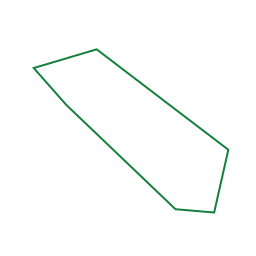 the district of El Arish 3, Shamal Sina', Egypt, rotated 99°
{"feature_id": "37247803B18293726613988", "entity_name": "El Arish 3", "entity_type": "district", "adm_level": 2, "iso_a3": "EGY", "parent_name": "Egypt", "parent_adm1": "Shamal Sina'", "projection": "albers", "projection_center": [33.79, 31.001], "detail": "fine", "context": "isolated", "style": "outline", "palette": "green", "viewbox_px": 256, "rotation_deg": 99, "n_neighbors": 0, "source": "geoboundaries", "source_scale": "gbopen_adm2", "svg_char_len": 253}
<svg xmlns="http://www.w3.org/2000/svg" viewBox="0 0 256 256"><g transform="rotate(99 128 128)"><path d="M133.8,25.5L95.5,96.6L55.2,171.3L83.5,230.5L114.9,192.5L200.8,68.4L198.0,29.7L133.8,25.5Z" fill="none" stroke="#15803d" stroke-width="2"/></g></svg>